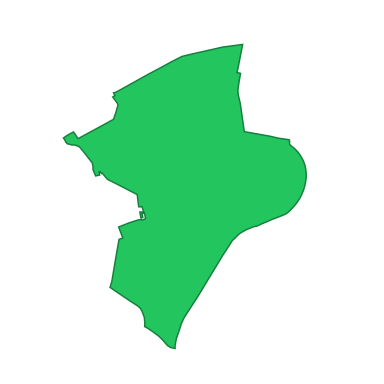 Al Azbakiyya, Al Qahirah, Egypt, rotated 149°
{"feature_id": "37247803B6267278220516", "entity_name": "Al Azbakiyya", "entity_type": "district", "adm_level": 2, "iso_a3": "EGY", "parent_name": "Egypt", "parent_adm1": "Al Qahirah", "projection": "albers", "projection_center": [31.246, 30.06], "detail": "fine", "context": "isolated", "style": "filled", "palette": "green", "viewbox_px": 384, "rotation_deg": 149, "n_neighbors": 0, "source": "geoboundaries", "source_scale": "gbopen_adm2", "svg_char_len": 2877}
<svg xmlns="http://www.w3.org/2000/svg" viewBox="0 0 384 384"><g transform="rotate(149 192 192)"><path d="M208.2,317.4L208.3,316.5L208.4,314.3L209.2,314.3L211.0,314.3L210.3,306.6L210.5,305.7L210.6,304.7L217.3,298.5L221.9,294.7L222.7,294.7L223.4,294.8L236.1,295.3L259.6,296.3L261.6,296.3L262.3,297.2L262.4,302.8L262.6,303.6L262.7,304.5L267.9,304.8L269.6,304.8L271.4,304.7L274.4,304.5L274.2,302.6L274.3,301.5L274.3,301.2L274.5,299.9L274.0,297.4L272.5,296.2L271.7,295.0L270.8,294.3L269.5,293.4L267.8,292.3L266.5,290.4L266.0,289.8L265.4,289.2L264.9,286.5L264.6,285.0L264.6,284.7L264.3,282.8L262.5,268.3L263.9,264.5L264.7,263.2L265.3,262.3L265.8,259.1L266.1,257.2L266.3,255.4L262.5,254.1L262.0,255.2L261.3,257.2L260.2,256.7L260.1,254.5L259.2,254.3L258.1,247.2L258.1,246.9L257.6,245.9L257.1,245.0L255.2,242.1L245.2,226.0L240.3,218.0L244.9,207.7L245.2,206.6L243.8,205.9L242.4,205.2L243.6,200.0L244.9,200.5L245.6,200.7L247.0,201.7L249.1,196.3L247.3,195.6L245.9,199.3L245.3,199.1L243.6,198.3L245.5,193.1L249.3,193.6L249.3,194.5L252.7,195.8L261.2,197.8L262.6,198.1L264.0,198.3L272.9,199.8L275.0,188.2L278.9,189.0L287.8,178.8L296.4,168.8L306.9,156.5L311.4,152.4L301.5,131.0L297.0,121.8L296.2,118.8L296.2,117.3L296.2,115.8L297.4,109.2L299.9,104.0L301.0,102.3L301.9,101.0L300.7,99.1L297.8,93.0L294.8,85.7L293.4,80.5L292.1,73.0L291.3,71.5L290.6,69.9L287.1,66.6L286.6,67.4L285.9,68.7L281.0,74.3L275.1,79.2L269.2,84.4L263.9,88.1L240.1,99.8L221.9,109.4L197.2,122.4L190.9,125.4L182.4,129.6L178.5,130.4L177.2,130.8L176.3,131.0L173.8,131.6L172.7,131.7L171.7,131.9L165.3,131.8L157.1,130.5L155.4,129.9L154.3,129.4L153.3,129.3L148.6,128.8L143.1,128.0L137.1,127.2L129.2,125.8L127.4,125.5L125.7,125.2L122.6,124.9L120.4,125.0L117.9,125.5L113.6,126.7L112.5,127.0L111.7,127.3L110.9,127.6L110.1,127.8L109.3,128.1L108.5,128.5L107.7,128.8L106.9,129.1L106.1,129.5L105.3,129.8L104.6,130.3L103.8,130.6L103.0,131.0L102.3,131.5L101.5,131.9L100.8,132.4L100.1,132.8L99.4,133.3L98.7,133.8L98.0,134.3L97.3,134.8L96.6,135.3L95.9,135.8L95.2,136.4L94.6,136.9L93.9,137.5L93.3,138.1L92.7,138.7L92.1,139.3L91.5,139.9L90.9,140.5L90.3,141.2L89.7,141.8L89.2,142.4L88.6,143.1L88.1,143.8L87.6,144.5L87.0,145.1L86.5,145.9L86.0,146.6L84.3,149.6L82.6,153.4L82.2,154.5L81.8,155.7L81.4,156.9L81.2,158.2L80.9,159.3L80.7,160.6L80.5,161.8L80.4,163.1L80.3,164.3L80.3,165.6L80.3,166.8L80.3,168.0L80.4,169.3L80.5,170.5L80.7,171.8L80.9,173.1L81.2,174.2L81.5,175.4L81.8,176.6L82.1,177.3L82.2,177.8L82.7,179.0L83.1,180.1L83.7,182.9L82.8,184.3L82.1,185.5L81.7,186.4L82.3,187.2L90.2,193.6L96.7,199.9L116.1,216.8L105.2,242.6L103.6,247.4L103.1,249.1L102.5,250.9L101.2,253.8L100.2,255.7L98.8,257.5L95.5,261.5L89.3,268.7L90.6,270.0L91.9,271.2L87.1,276.3L72.6,292.4L91.3,300.5L120.3,310.1L130.9,313.4L134.9,313.7L144.0,314.3L144.8,314.3L145.7,314.3L170.4,315.5L205.7,316.7L208.2,317.4Z" fill="#22c55e" stroke="#15803d" stroke-width="1.5"/></g></svg>